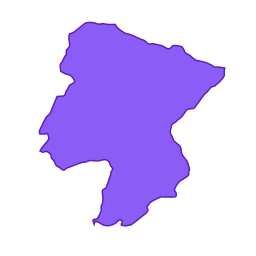 the Province of Uthai Thani, rotated 99°
{"feature_id": "THA-405", "entity_name": "Uthai Thani", "entity_type": "Province", "adm_level": 1, "iso_a3": "THA", "parent_name": "Thailand", "parent_adm1": "", "projection": "robinson", "projection_center": [99.519, 15.359], "detail": "fine", "context": "isolated", "style": "filled", "palette": "violet", "viewbox_px": 256, "rotation_deg": 99, "n_neighbors": 0, "source": "natural_earth", "source_scale": "10m", "svg_char_len": 3860}
<svg xmlns="http://www.w3.org/2000/svg" viewBox="0 0 256 256"><g transform="rotate(99 128 128)"><path d="M144.2,214.9L134.7,212.1L134.1,211.8L130.7,210.7L130.1,210.4L128.0,209.0L126.1,207.3L108.0,203.0L106.6,197.3L106.4,196.6L106.0,196.1L105.3,195.6L104.3,195.2L102.3,195.0L100.4,194.5L99.2,193.8L96.2,192.9L95.4,192.5L94.7,192.1L91.8,188.6L91.3,188.3L90.6,188.0L89.7,188.2L89.1,188.5L88.5,189.0L85.4,192.3L84.6,195.2L84.3,198.4L82.6,203.3L76.9,204.8L74.8,204.5L73.8,203.8L73.4,203.5L72.7,203.2L69.5,202.4L66.8,201.4L65.6,200.6L64.5,200.5L63.4,200.6L61.9,201.0L61.0,201.0L60.3,200.7L57.0,198.7L55.9,198.5L55.1,198.6L54.5,198.8L49.1,200.3L46.0,200.7L44.7,200.6L43.9,200.3L43.7,199.5L43.3,198.6L42.2,196.9L41.6,196.2L31.5,187.0L31.2,186.6L30.9,186.1L29.9,183.4L29.6,181.8L29.5,177.4L29.9,174.9L30.0,174.1L29.9,172.4L29.5,170.9L29.2,170.3L29.0,169.6L28.8,168.8L28.9,166.2L28.7,162.7L27.7,156.9L30.6,154.2L32.4,151.2L34.2,147.3L34.9,145.4L35.2,143.9L35.1,142.3L35.8,138.3L38.5,128.6L38.7,126.6L39.2,125.2L39.9,123.9L41.2,122.1L41.7,120.9L41.8,119.9L41.7,119.2L41.1,117.9L40.9,117.2L40.8,116.5L41.4,107.6L42.0,105.5L43.0,102.9L43.4,101.7L43.5,100.6L43.4,99.9L43.1,99.3L42.7,98.8L40.5,97.2L40.0,96.8L39.6,96.3L39.4,95.7L39.2,95.0L39.0,89.1L39.3,87.8L39.7,87.0L41.6,85.3L44.0,83.9L44.6,83.2L45.3,82.0L46.7,78.2L47.2,77.2L47.6,76.7L49.0,74.6L50.2,72.0L50.6,70.5L50.7,69.3L50.6,68.5L51.0,62.5L51.5,60.2L52.5,56.4L53.2,54.6L54.1,52.7L54.3,51.6L54.2,50.7L53.8,49.3L53.6,47.0L53.6,41.8L56.5,41.9L61.1,41.1L62.5,41.5L64.4,42.4L68.2,44.9L71.4,47.7L72.4,48.4L72.9,48.9L73.3,49.5L74.1,51.5L74.9,52.4L75.7,53.0L80.7,55.9L82.5,57.7L96.7,65.0L98.4,66.2L99.8,71.2L100.2,71.8L100.5,72.3L101.1,72.9L101.8,73.3L107.4,76.1L109.6,77.6L113.0,80.8L114.7,81.9L117.2,84.8L117.9,85.1L119.0,85.4L121.0,85.5L122.8,85.7L125.0,85.7L125.7,85.6L126.9,85.1L129.5,83.1L132.4,81.5L133.4,80.7L134.2,79.6L136.3,76.1L137.8,74.0L138.2,73.6L138.7,73.2L139.9,72.5L143.4,71.6L145.7,70.4L146.7,69.6L151.2,64.9L152.2,64.1L152.7,63.7L158.8,60.9L159.5,60.9L160.3,60.9L161.7,61.1L162.5,61.2L164.6,60.7L165.8,61.4L167.3,62.7L171.9,68.0L173.4,69.3L177.4,71.3L179.5,72.1L180.8,72.4L181.5,72.4L182.2,72.2L182.8,71.9L184.2,70.6L184.8,70.3L186.1,69.9L187.5,69.8L188.0,70.1L188.6,70.7L189.3,73.5L190.9,84.7L191.4,85.6L195.8,91.9L197.6,93.9L198.7,94.9L202.9,96.8L203.5,96.8L204.1,96.6L204.9,95.9L205.5,95.6L206.1,95.5L206.9,95.6L208.0,96.1L209.6,97.1L223.1,109.7L225.1,115.2L225.1,119.1L224.7,119.5L224.0,119.5L222.2,119.1L221.5,119.1L220.8,119.3L220.3,119.7L220.1,120.3L220.1,121.4L220.3,122.1L220.7,122.7L221.1,123.1L223.7,125.2L224.5,126.0L225.5,127.5L227.4,131.3L227.6,131.9L227.7,132.5L227.8,136.8L227.1,138.9L225.4,143.0L225.6,146.2L228.3,146.4L225.3,148.0L224.6,148.0L223.9,147.8L223.5,147.2L223.2,145.7L222.9,145.0L222.6,144.5L222.2,144.2L221.4,143.7L217.5,142.3L214.6,141.7L213.8,141.6L212.2,141.8L210.0,142.2L209.2,142.2L207.2,141.6L205.6,141.4L202.4,141.6L198.1,142.5L195.4,143.4L194.7,143.5L194.0,143.5L193.3,143.3L192.8,143.0L191.1,140.9L190.6,140.5L190.0,140.2L189.4,140.0L177.2,137.9L173.9,137.8L173.2,137.6L171.4,136.8L170.7,136.7L170.1,137.1L169.5,137.6L168.7,138.6L168.1,139.2L167.5,139.7L165.1,140.9L164.6,141.3L164.1,141.8L163.6,142.5L163.0,143.8L162.8,145.1L163.0,146.5L163.6,148.5L165.0,151.7L165.3,153.0L165.8,158.3L166.3,161.2L167.4,162.9L168.0,164.2L168.4,165.6L168.6,166.3L169.6,169.0L177.3,182.4L179.2,184.2L179.6,184.7L179.6,185.6L179.3,186.9L177.9,189.0L177.3,190.9L176.7,192.3L176.0,193.3L172.8,195.3L172.3,195.8L170.1,198.4L169.3,199.0L168.7,199.3L167.2,199.7L166.6,200.0L166.1,200.4L164.2,203.4L163.9,204.4L164.0,205.5L164.7,206.9L165.3,208.8L164.4,211.3L160.8,209.9L154.1,205.8L151.7,204.7L150.7,204.7L149.6,204.8L146.9,206.0L146.4,206.3L146.3,206.6L146.4,207.2L147.2,210.5L147.5,212.6L147.5,214.3L146.4,214.8L144.2,214.9Z" fill="#8b5cf6" stroke="#5b21b6" stroke-width="1.5"/></g></svg>